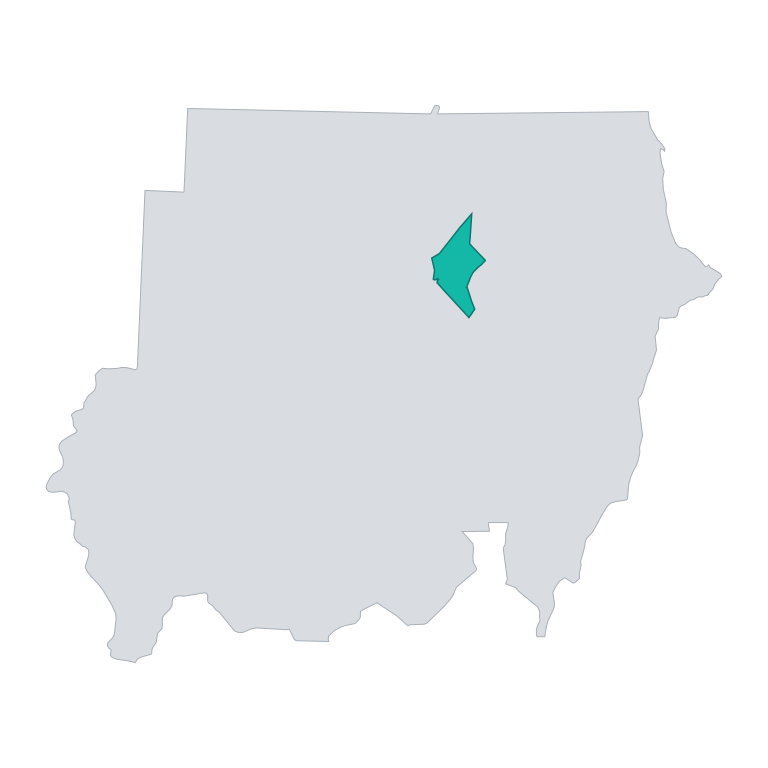 Merwoe, Northern, Sudan (highlighted)
{"feature_id": "16777658B43097500879952", "entity_name": "Merwoe", "entity_type": "district", "adm_level": 2, "iso_a3": "SDN", "parent_name": "Sudan", "parent_adm1": "Northern", "projection": "orthographic", "projection_center": [32.145, 18.369], "detail": "fine", "context": "in_parent", "style": "filled", "palette": "teal", "viewbox_px": 768, "rotation_deg": 0, "n_neighbors": 0, "source": "geoboundaries", "source_scale": "gbopen_adm2", "svg_char_len": 4944}
<svg xmlns="http://www.w3.org/2000/svg" viewBox="0 0 768 768"><path d="M544.9,636.7L537.2,636.7L536.4,634.9L536.4,629.9L537.3,626.2L540.1,620.2L539.4,616.9L539.8,612.2L537.7,606.9L519.2,591.8L515.5,587.6L505.6,583.8L507.3,579.4L503.2,548.1L505.2,544.4L505.7,538.9L505.6,534.1L508.0,526.0L508.2,522.6L488.7,522.5L488.5,526.0L489.4,529.8L489.3,531.3L462.1,531.5L473.0,543.8L473.5,549.2L472.9,556.0L473.1,560.3L473.7,563.1L476.6,568.6L476.4,569.6L475.7,570.9L456.4,587.3L453.1,594.9L450.6,598.9L444.9,605.6L427.1,623.0L424.2,624.2L410.7,624.7L409.4,625.1L408.3,625.9L407.8,625.7L396.2,615.4L376.9,602.8L364.0,609.1L360.5,611.4L360.3,617.3L358.4,620.3L354.9,623.6L345.4,625.5L340.4,627.2L334.5,630.5L328.7,636.0L328.2,638.9L328.8,641.5L296.0,640.7L293.9,638.6L289.3,629.2L285.9,629.7L256.1,627.9L251.8,628.7L243.2,632.3L238.9,632.7L234.5,630.9L219.2,612.2L215.8,609.9L212.4,605.4L209.1,603.4L208.0,602.0L207.6,600.0L207.8,596.0L206.8,593.5L204.3,592.8L183.2,596.3L180.3,595.7L175.8,596.3L174.3,597.0L172.5,599.3L172.1,604.3L171.5,606.7L169.8,609.4L163.7,615.4L162.3,618.0L162.4,624.8L162.0,628.2L161.0,629.8L158.4,632.3L157.4,633.8L156.2,642.4L152.8,647.5L152.0,649.3L151.7,653.1L151.1,654.3L141.6,656.9L138.0,658.6L135.8,661.5L135.2,662.7L131.1,661.5L126.0,660.5L116.1,659.1L112.2,657.5L110.4,655.4L111.1,650.1L110.1,649.0L108.6,647.9L107.5,645.6L107.8,642.9L113.2,637.1L114.4,633.9L116.1,618.6L115.8,614.0L111.9,605.2L102.8,589.9L100.6,586.9L89.1,574.1L87.8,572.3L85.1,567.0L88.6,555.8L88.9,552.7L88.2,549.4L85.3,546.9L82.6,546.4L79.3,543.2L77.0,541.7L75.1,539.0L73.8,535.2L75.3,521.9L74.7,520.1L71.7,519.5L71.0,518.5L71.2,515.9L69.9,508.2L68.3,501.8L69.4,498.4L67.1,493.5L62.4,491.2L52.9,492.3L50.0,491.9L48.1,490.9L46.7,489.0L46.1,486.9L46.9,483.9L49.7,478.4L53.2,473.9L60.1,470.0L62.0,467.9L63.1,465.4L63.4,462.5L63.1,459.5L62.5,456.7L60.6,452.9L59.0,448.4L59.1,445.5L60.0,443.5L61.9,441.1L68.8,436.5L75.8,432.8L77.0,431.4L76.6,429.6L73.6,426.1L72.9,419.5L71.4,414.8L75.0,411.6L77.6,410.5L81.6,409.6L83.3,408.3L83.8,405.5L83.8,402.9L85.3,401.0L87.4,397.0L89.1,395.1L94.5,390.5L95.7,387.4L96.2,384.3L95.2,375.0L98.3,371.3L102.3,368.3L107.8,368.8L116.4,368.5L122.2,367.4L126.4,367.6L135.8,369.8L136.8,369.1L137.4,366.7L145.0,190.4L183.5,192.1L184.0,191.8L187.7,108.5L428.8,113.9L430.8,113.6L434.6,105.9L436.2,105.3L438.7,105.8L439.6,107.6L437.5,113.9L648.3,111.6L649.1,121.1L651.0,128.6L657.4,139.4L662.6,145.1L664.5,148.3L664.8,149.8L664.6,151.2L663.0,149.6L660.3,148.6L660.1,153.7L661.7,164.1L664.1,171.4L662.7,178.2L663.3,189.6L666.4,203.3L666.1,212.1L671.2,232.5L675.8,243.7L678.3,246.5L681.0,247.9L686.2,248.7L694.0,254.2L700.2,260.2L702.4,263.3L705.4,266.7L707.4,266.0L708.6,265.0L710.7,267.8L720.4,273.6L721.9,276.4L718.6,279.3L714.8,284.2L713.0,288.7L712.0,290.2L708.9,293.1L708.4,294.4L707.1,295.4L705.6,295.5L702.3,297.1L699.4,296.7L696.4,297.6L695.4,298.7L693.0,299.7L689.9,300.4L685.0,304.3L680.7,306.2L679.2,307.8L677.2,315.4L675.5,317.4L669.1,317.8L665.9,318.5L661.6,317.8L659.5,317.9L659.0,319.6L658.4,326.0L658.6,328.8L655.1,336.2L656.5,350.0L653.2,360.3L652.8,362.7L649.4,370.9L647.6,374.0L643.4,389.4L641.7,394.1L638.0,399.1L642.6,435.6L639.6,446.8L639.8,453.0L637.7,462.0L635.9,466.2L633.1,471.3L630.7,477.0L628.7,484.4L627.5,498.5L626.8,499.8L615.1,501.8L611.5,502.8L609.0,504.4L606.0,508.1L600.2,518.0L597.1,524.1L592.3,532.5L586.6,538.4L585.4,541.3L584.6,546.6L582.5,555.0L580.6,561.0L581.0,565.7L579.3,574.0L579.6,578.1L577.6,580.4L574.9,582.5L573.1,583.1L564.8,577.7L559.1,581.6L555.5,587.0L552.8,592.4L554.5,603.9L554.3,606.4L553.5,609.1L548.2,620.4L546.6,625.6L544.9,634.5L544.9,636.7Z" fill="#d9dde1" stroke="#a8b0b8" stroke-width="1"/><path d="M468.9,317.6L469.0,317.5L469.4,316.9L470.1,315.9L472.3,312.8L472.6,312.2L473.2,311.4L474.7,309.3L474.7,309.2L472.2,302.8L471.5,301.0L470.5,297.9L469.2,293.7L468.3,291.0L467.4,288.4L467.2,287.6L466.6,287.3L466.7,287.2L466.8,286.9L467.1,286.2L467.5,285.1L467.8,284.2L468.0,283.7L468.2,283.2L468.9,281.4L469.3,280.5L469.6,279.6L470.0,278.7L469.9,278.6L470.7,276.9L471.2,276.0L471.5,275.3L471.6,275.1L472.1,274.2L472.8,272.7L474.6,270.8L475.3,270.1L477.2,268.2L478.3,267.1L481.2,264.8L481.3,264.8L481.9,264.2L482.6,263.3L483.5,262.4L485.3,260.6L485.3,260.3L484.9,259.9L484.5,259.5L483.8,258.7L480.4,255.2L477.9,252.6L477.0,251.6L475.7,250.2L474.8,249.3L474.6,249.1L474.3,248.8L473.9,248.4L473.3,247.8L472.6,247.0L471.1,245.4L470.3,244.5L469.6,243.8L469.7,243.1L469.7,242.9L470.3,235.5L470.3,234.5L470.4,233.6L470.5,232.6L470.6,230.6L471.5,217.4L471.7,213.8L470.2,215.6L459.6,227.8L457.3,230.8L451.9,237.7L448.0,242.7L447.6,243.2L444.9,246.6L440.5,252.2L439.9,252.9L439.5,253.5L431.7,258.1L432.7,262.0L433.6,266.1L434.6,270.5L433.3,279.2L433.8,279.6L434.8,279.9L436.0,279.6L436.3,279.2L437.2,279.2L437.7,278.9L438.1,278.8L438.5,279.1L438.5,279.7L437.5,280.7L437.0,282.6L443.7,290.1L449.2,296.1L468.2,316.7L468.9,317.6Z" fill="#14b8a6" stroke="#0f766e" stroke-width="1.5"/></svg>